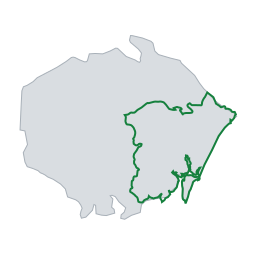 where Southern sits in Sierra Leone, rotated 273°
{"feature_id": "SLE-760", "entity_name": "Southern", "entity_type": "Province", "adm_level": 1, "iso_a3": "SLE", "parent_name": "Sierra Leone", "parent_adm1": "", "projection": "robinson", "projection_center": [-12.13, 7.714], "detail": "fine", "context": "in_parent", "style": "outline", "palette": "green", "viewbox_px": 256, "rotation_deg": 273, "n_neighbors": 0, "source": "natural_earth", "source_scale": "10m", "svg_char_len": 7240}
<svg xmlns="http://www.w3.org/2000/svg" viewBox="0 0 256 256"><g transform="rotate(273 128 128)"><path d="M220.5,125.7L220.4,127.8L218.6,137.8L215.8,146.4L214.0,148.5L206.2,150.8L202.9,154.6L200.0,166.8L198.2,176.4L195.5,178.0L184.0,191.8L176.5,197.1L171.2,201.6L166.3,207.4L160.0,213.2L153.3,222.8L148.5,232.8L145.3,235.9L142.8,233.1L131.4,223.2L119.3,216.6L93.6,205.5L85.1,202.4L85.4,198.5L88.3,191.3L83.5,182.9L85.4,176.8L83.5,176.8L79.9,180.5L72.0,179.4L66.8,174.1L62.6,172.2L60.8,169.6L58.0,155.7L56.1,149.4L52.2,145.5L44.3,144.6L41.0,136.1L36.7,129.5L37.4,125.5L40.9,125.7L43.7,128.6L48.2,129.9L53.8,122.8L58.8,118.9L60.0,115.5L59.4,113.7L56.3,116.6L48.0,115.8L46.0,118.4L42.3,119.2L39.4,110.9L39.6,106.0L40.7,100.6L49.1,99.7L49.8,98.0L44.0,96.8L36.8,90.6L35.5,86.2L39.1,84.8L42.5,85.4L45.5,86.4L48.7,84.8L51.8,82.4L53.6,79.4L56.0,71.3L63.9,68.6L68.5,63.6L72.9,55.9L74.9,50.4L76.7,47.7L77.8,45.4L78.7,42.8L80.7,40.4L82.7,34.7L84.1,29.4L88.6,26.9L97.9,24.7L106.2,28.5L119.7,25.2L120.4,20.3L132.8,20.2L147.4,20.1L159.6,20.1L163.7,21.4L165.3,25.0L169.3,30.8L173.5,34.7L178.7,43.5L184.7,53.6L191.2,62.8L195.4,67.7L195.9,69.5L195.6,71.4L193.5,76.1L191.8,81.1L192.0,83.0L193.2,84.0L200.0,85.5L200.7,91.2L200.7,98.9L204.0,106.2L207.1,111.5L207.0,113.4L199.3,122.5L196.3,131.6L194.8,134.1L194.2,136.1L195.7,137.1L197.8,136.5L200.8,137.2L203.6,137.5L207.4,134.2L213.7,125.9L215.8,124.9L220.5,125.7ZM82.6,198.9L81.7,200.8L77.6,196.3L56.4,189.5L62.4,186.0L77.1,184.9L81.5,187.0L83.4,188.7L84.1,192.0L82.6,198.9Z" fill="#d9dde1" stroke="#a8b0b8" stroke-width="1"/><path d="M167.6,205.3L163.6,211.1L163.1,211.7L158.0,214.2L157.0,214.5L154.8,218.3L153.7,219.5L153.7,220.4L154.6,222.1L154.8,222.9L154.6,223.5L154.3,223.9L153.9,224.1L152.5,224.3L152.3,224.7L152.5,226.2L152.4,227.2L152.0,228.5L151.4,229.7L149.8,230.8L149.5,231.9L149.6,233.7L149.1,234.0L147.2,235.0L146.2,234.1L143.6,233.5L142.4,232.7L141.2,231.8L140.3,230.9L140.9,230.8L141.2,230.6L141.3,230.4L141.6,229.9L139.9,229.9L139.1,230.0L138.6,230.4L138.2,230.4L137.7,228.8L136.8,227.8L133.5,224.7L124.8,219.0L110.4,213.1L95.6,206.4L83.8,202.2L85.6,200.4L87.9,200.3L90.2,201.1L92.2,202.2L92.1,201.6L91.8,201.1L91.4,200.8L90.7,200.7L90.3,200.6L89.8,199.7L89.3,199.3L88.1,198.8L87.5,198.7L86.4,199.4L85.9,199.1L85.4,198.6L84.8,198.3L84.7,197.7L85.2,196.4L86.0,195.1L87.1,194.0L87.8,192.9L88.6,192.1L89.7,192.5L90.4,192.2L91.1,192.1L92.6,192.1L93.0,192.0L93.7,191.7L94.1,191.6L94.6,191.8L95.3,192.4L95.6,192.5L96.8,192.2L97.8,191.4L99.0,190.8L100.7,190.7L100.4,190.0L100.3,189.7L101.4,189.3L102.5,189.2L103.4,188.7L103.6,187.3L103.2,187.3L102.8,187.4L102.4,187.4L102.0,187.5L101.5,187.8L101.2,187.1L101.1,186.9L100.5,187.0L99.8,187.0L99.2,187.1L98.9,187.5L98.8,188.1L98.4,188.4L97.3,188.8L96.6,189.2L95.4,189.2L94.8,189.4L93.5,190.1L92.2,190.3L90.9,191.0L90.1,191.2L89.7,191.1L88.5,190.8L87.8,190.7L86.4,190.2L86.0,188.8L85.6,187.3L84.6,186.3L84.6,185.9L84.9,185.6L85.1,185.2L85.1,184.7L85.1,184.0L84.6,184.4L84.2,184.8L83.8,184.8L83.4,184.4L83.0,184.4L83.0,185.4L81.5,183.8L82.3,181.4L84.6,177.7L85.6,178.3L86.0,178.7L86.3,178.2L86.0,177.3L85.9,176.3L86.3,175.6L87.1,175.3L85.9,174.4L84.8,175.5L83.0,178.7L79.9,180.8L77.9,181.6L77.0,180.8L76.5,180.9L72.6,180.0L72.2,180.0L71.8,179.9L71.2,179.7L68.7,177.7L67.8,177.3L67.1,176.6L66.5,175.3L66.3,174.1L66.5,173.2L67.1,172.6L68.2,172.0L67.1,172.2L64.0,173.6L61.1,171.5L60.2,169.7L59.7,168.9L58.7,168.6L58.1,168.3L57.3,167.5L55.9,165.8L57.2,165.5L59.2,164.1L60.4,163.8L61.4,164.0L62.4,164.3L64.4,165.3L63.2,163.9L61.6,162.7L60.3,161.3L59.3,157.9L59.1,157.6L58.9,157.4L59.0,156.9L59.4,155.9L59.5,155.0L59.9,154.0L60.4,153.1L61.1,152.4L59.1,152.0L58.3,151.2L57.8,149.8L56.8,148.1L56.1,147.5L55.3,147.1L54.6,146.5L54.3,145.4L54.4,144.4L54.5,143.5L54.8,142.6L54.9,142.3L55.0,142.2L58.0,141.4L58.7,141.1L59.6,140.4L60.6,139.0L61.3,138.4L62.3,137.1L63.0,136.0L63.4,135.5L63.7,134.9L64.0,134.2L64.2,133.9L64.3,133.7L64.8,133.5L65.3,133.4L66.5,133.6L67.1,133.8L67.5,134.0L67.8,134.5L68.0,134.9L68.1,135.2L68.3,135.4L68.7,135.5L69.1,135.4L70.4,134.7L70.9,134.6L74.6,134.6L75.0,134.6L75.3,134.8L75.5,134.9L75.7,135.2L75.8,135.5L76.2,135.8L76.7,136.0L77.8,136.0L78.9,136.1L79.5,136.4L79.8,136.6L80.0,136.9L80.0,137.2L80.0,138.1L80.1,138.5L80.2,138.8L80.4,139.1L80.6,139.4L81.0,139.5L85.7,139.8L86.0,139.9L86.2,140.2L86.4,140.4L86.5,140.8L86.8,141.0L87.1,141.1L87.7,140.7L88.0,140.4L88.2,140.0L88.6,139.0L88.8,138.7L89.0,138.5L89.3,138.3L91.1,137.4L91.7,137.0L92.1,136.7L92.5,136.2L92.9,136.0L93.5,135.9L95.3,135.8L95.7,135.9L96.0,136.1L96.3,136.2L96.7,136.3L97.2,136.2L99.0,135.3L99.4,135.2L99.9,135.1L100.8,135.2L102.0,135.4L102.5,135.5L106.2,137.9L109.3,139.3L109.5,139.5L110.0,140.8L110.2,141.1L110.6,141.7L110.8,141.9L111.0,142.1L111.4,142.2L111.7,142.2L112.3,142.4L112.6,142.4L112.8,142.0L112.9,141.2L112.9,140.9L112.9,140.5L112.6,139.8L112.5,139.6L112.2,139.4L112.0,139.2L111.8,139.0L111.2,137.7L111.1,137.4L111.1,137.0L111.2,136.7L111.3,136.4L112.4,134.7L112.6,134.5L112.9,134.5L113.3,134.5L113.9,134.3L114.8,134.2L115.6,134.4L116.0,134.4L116.4,134.3L117.1,133.9L117.5,133.7L117.9,133.9L119.0,134.7L121.4,135.3L122.9,135.5L124.5,135.4L125.7,135.0L128.5,133.6L128.9,133.3L130.4,131.8L130.8,131.2L131.1,130.6L131.4,129.1L131.5,127.3L131.5,126.9L131.7,126.6L131.9,126.3L132.2,126.1L133.6,125.4L134.3,125.2L135.0,125.1L138.5,125.3L139.4,125.1L140.8,124.1L141.4,127.0L141.9,127.9L142.4,128.5L143.3,129.6L143.5,130.2L143.6,130.6L143.5,131.8L143.6,132.9L143.7,133.5L143.9,133.9L145.2,135.3L145.5,135.5L146.6,136.6L149.2,140.5L153.4,145.2L153.8,145.9L154.0,146.3L154.0,146.7L153.9,146.9L153.9,147.2L154.0,147.6L154.1,148.0L155.6,152.7L155.8,154.1L155.8,156.8L156.1,158.6L156.1,159.4L156.0,160.2L155.7,161.7L155.4,162.3L155.3,162.6L155.1,162.9L154.8,163.1L154.4,163.5L153.6,164.4L153.4,164.6L149.4,167.9L149.3,168.2L149.1,168.5L148.5,171.7L148.5,173.4L148.6,174.0L148.7,174.4L148.8,174.3L149.0,174.1L149.9,172.8L150.1,172.6L150.3,172.5L151.5,175.6L151.5,176.1L151.5,176.5L151.3,176.8L151.2,177.2L151.0,178.8L150.8,179.5L150.4,180.1L150.2,180.3L150.0,180.5L149.6,180.5L149.4,180.5L149.2,180.2L148.9,179.5L148.8,179.2L148.6,179.0L148.4,179.0L148.1,179.1L146.2,180.7L144.5,181.9L144.5,182.0L145.3,182.4L145.6,183.4L146.0,185.0L146.2,188.7L146.5,190.3L146.8,191.1L147.1,191.2L147.3,191.4L147.7,191.5L148.0,191.5L148.3,191.4L148.6,191.2L148.8,191.0L150.2,189.6L152.1,187.0L152.6,186.6L153.2,186.3L153.5,186.2L153.9,186.2L154.2,186.3L154.5,186.5L154.8,186.7L155.0,186.9L155.9,188.3L155.8,188.6L154.4,190.2L154.2,190.8L154.2,191.5L154.4,194.7L154.4,195.1L154.4,196.6L154.5,198.2L154.5,199.8L154.6,200.1L154.8,200.3L155.5,200.5L156.2,200.6L157.1,200.6L157.8,200.7L159.4,201.2L161.5,202.2L163.1,203.3L167.6,205.3L167.6,205.3ZM84.6,189.7L83.9,190.2L83.9,191.0L84.2,193.1L84.1,194.3L83.7,195.1L83.1,195.8L82.6,196.9L82.5,198.0L83.0,200.3L83.0,201.2L82.2,202.0L81.1,202.2L80.1,201.8L79.6,200.7L80.8,200.7L80.0,199.0L78.9,197.3L77.7,196.0L76.4,195.5L75.5,195.4L69.9,193.7L67.9,192.5L62.7,191.6L56.4,189.7L56.4,189.2L58.7,188.6L58.9,187.6L59.7,186.7L60.6,186.3L63.0,185.9L69.7,185.9L70.7,185.8L73.0,185.1L76.7,184.7L78.0,184.8L79.2,185.4L78.3,186.6L78.9,187.0L81.3,186.9L82.4,187.2L83.2,187.9L84.0,188.7L84.6,189.7Z" fill="none" stroke="#15803d" stroke-width="2"/></g></svg>